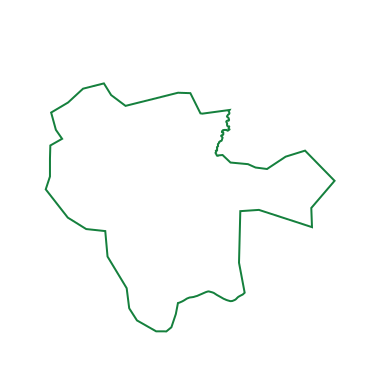 outline of Bayangol, Selenge, Mongolia, rotated 255°
{"feature_id": "93677404B52017503801889", "entity_name": "Bayangol", "entity_type": "district", "adm_level": 2, "iso_a3": "MNG", "parent_name": "Mongolia", "parent_adm1": "Selenge", "projection": "orthographic", "projection_center": [106.206, 48.94], "detail": "fine", "context": "isolated", "style": "outline", "palette": "green", "viewbox_px": 384, "rotation_deg": 255, "n_neighbors": 0, "source": "geoboundaries", "source_scale": "gbopen_adm2", "svg_char_len": 3059}
<svg xmlns="http://www.w3.org/2000/svg" viewBox="0 0 384 384"><g transform="rotate(255 192 192)"><path d="M261.2,63.5L243.7,58.8L232.4,51.4L199.4,65.4L183.6,80.2L176.7,98.1L151.5,93.7L116.0,104.0L97.8,101.5L97.5,101.5L97.1,101.4L96.4,101.3L95.7,101.3L82.2,105.6L66.7,121.3L64.0,131.2L66.7,137.1L78.3,144.8L88.4,149.7L88.4,151.3L88.9,154.4L89.4,156.4L90.0,158.3L90.4,159.6L90.6,161.4L90.7,162.4L90.4,164.5L90.2,166.3L90.3,168.4L90.3,170.1L90.8,173.3L91.0,174.8L91.3,176.7L91.7,179.4L91.8,181.2L91.7,182.3L91.4,182.9L90.7,184.1L89.7,185.8L88.8,187.0L86.2,189.3L83.0,192.6L81.7,193.9L80.8,194.8L80.3,195.4L79.4,196.6L79.0,197.0L78.2,198.2L77.3,199.7L76.8,200.5L76.6,201.0L76.4,202.0L76.3,202.8L76.5,204.2L76.6,205.1L76.8,205.9L77.0,206.5L77.4,207.2L78.0,208.2L78.6,209.3L79.0,210.6L79.3,211.8L79.6,213.2L79.7,213.8L79.9,214.6L81.1,216.8L111.5,219.1L161.0,233.7L157.4,252.0L127.0,298.8L145.7,303.1L165.9,332.6L202.7,311.9L201.9,291.6L194.8,270.4L199.2,259.7L204.4,253.3L210.5,236.8L219.8,231.1L220.5,227.2L220.3,226.9L220.3,226.3L220.4,226.0L220.6,225.6L220.9,225.4L221.4,225.4L221.9,225.4L222.4,225.2L222.7,225.1L222.9,224.9L223.3,224.9L223.8,224.9L224.1,225.2L224.4,225.6L224.7,225.8L225.0,225.7L225.3,225.7L225.6,225.7L225.7,225.9L225.8,226.1L225.7,226.5L225.6,226.8L225.7,227.0L225.9,227.1L226.3,227.2L226.8,227.2L227.1,227.3L227.4,227.5L227.7,227.6L228.1,227.6L228.5,227.6L229.0,227.9L229.1,228.3L229.2,228.6L229.4,228.9L229.6,229.1L230.0,229.1L230.6,229.2L231.1,229.3L231.5,229.4L231.7,229.6L231.8,230.0L232.1,230.5L232.5,230.7L232.7,230.8L233.0,230.9L233.2,231.1L233.3,231.5L233.3,231.8L233.5,232.1L233.7,232.3L233.9,232.6L233.9,233.0L233.8,233.3L233.8,233.6L233.9,233.8L234.2,234.1L234.5,234.3L235.3,234.8L235.7,235.1L236.1,235.3L236.4,235.5L236.6,235.6L237.0,235.5L237.6,235.2L238.0,234.9L238.4,234.7L238.7,234.7L238.9,234.9L239.1,235.2L239.1,235.5L239.1,236.2L239.2,236.5L239.3,236.9L239.7,237.2L240.2,237.3L240.8,237.5L241.3,237.6L241.5,237.6L241.6,237.1L241.7,236.8L241.9,236.5L242.1,236.4L242.4,236.5L242.7,236.6L243.0,236.9L243.3,237.3L243.7,238.0L243.6,239.2L243.1,241.2L242.1,242.1L242.0,242.3L242.0,242.7L242.2,243.0L242.6,243.3L242.5,244.0L242.7,244.4L242.9,244.4L243.4,244.1L243.7,243.9L244.1,243.8L244.6,244.1L245.1,244.6L245.3,244.8L245.6,244.9L245.8,244.8L245.9,244.1L246.1,243.8L246.4,243.4L247.0,243.2L247.8,243.2L248.2,243.4L248.8,243.6L249.3,243.7L250.1,243.4L250.9,243.3L251.2,243.4L251.5,243.7L251.7,244.3L251.8,244.7L251.8,245.0L251.5,245.4L251.4,245.8L251.6,246.1L251.9,246.4L252.4,246.5L253.2,246.5L254.2,246.4L254.9,245.9L255.4,245.5L255.6,245.4L255.8,245.4L256.1,245.4L256.3,245.8L256.7,246.2L257.2,246.6L257.4,247.0L257.5,247.4L257.7,247.8L257.8,248.1L258.1,248.4L258.9,248.6L259.4,248.6L259.9,248.5L260.2,248.3L260.3,248.3L260.6,248.3L260.9,248.5L261.2,248.9L261.3,249.1L261.3,249.3L261.4,249.5L261.5,249.6L265.0,222.3L265.8,220.5L287.9,216.0L291.5,204.2L292.4,150.1L306.5,139.0L319.7,135.0L320.0,113.5L310.5,95.4L305.2,76.5L287.3,76.6L277.0,80.3L273.6,67.2L261.2,63.5Z" fill="none" stroke="#15803d" stroke-width="2"/></g></svg>